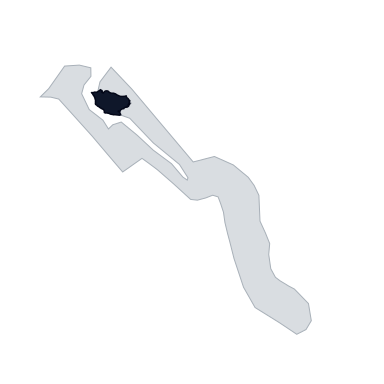 location of Upper Niumi, North Bank, Gambia, rotated 49°
{"feature_id": "56634734B28238259284132", "entity_name": "Upper Niumi", "entity_type": "district", "adm_level": 2, "iso_a3": "GMB", "parent_name": "Gambia", "parent_adm1": "North Bank", "projection": "natural_earth1", "projection_center": [-16.326, 13.431], "detail": "fine", "context": "in_parent", "style": "filled", "palette": "ink", "viewbox_px": 384, "rotation_deg": 49, "n_neighbors": 0, "source": "geoboundaries", "source_scale": "gbopen_adm2", "svg_char_len": 3713}
<svg xmlns="http://www.w3.org/2000/svg" viewBox="0 0 384 384"><g transform="rotate(49 192 192)"><path d="M44.7,171.2L74.9,169.9L111.5,170.5L151.3,171.1L170.1,171.4L179.9,151.8L198.6,143.1L217.8,139.9L227.8,140.8L238.4,143.7L258.6,159.8L271.2,163.5L281.9,167.2L289.5,175.1L301.6,182.9L311.1,185.0L316.8,183.8L326.2,180.8L332.4,178.4L352.6,177.3L367.4,186.4L370.6,196.2L368.1,206.3L348.2,211.7L320.6,220.2L297.7,215.6L269.9,204.0L253.7,195.8L246.9,192.5L236.7,187.2L227.9,181.5L219.3,177.9L212.8,175.5L208.0,178.5L205.5,185.5L201.7,193.3L196.7,197.9L173.4,200.6L152.5,203.5L141.3,205.9L133.8,207.7L131.4,231.2L107.8,231.0L84.5,230.7L60.3,231.1L34.4,231.6L27.7,236.4L20.7,244.1L20.0,232.4L13.4,205.5L22.3,193.8L31.9,186.9L38.4,192.4L40.4,203.3L45.4,210.8L62.4,215.5L79.3,212.1L89.6,213.7L89.3,207.6L92.8,199.5L113.3,196.1L135.0,193.8L157.2,188.9L174.7,189.1L179.9,187.8L178.6,185.7L163.0,183.4L129.6,189.0L95.5,190.6L69.8,205.2L59.2,203.8L48.5,189.2L44.7,171.2Z" fill="#d9dde1" stroke="#a8b0b8" stroke-width="1"/><path d="M76.2,178.8L75.9,179.4L75.8,179.6L75.6,180.0L75.4,180.3L75.1,180.7L74.3,181.7L73.4,182.7L72.9,183.2L72.8,183.4L71.1,184.2L69.3,185.0L67.9,185.3L66.1,186.3L65.6,186.8L65.4,187.1L64.6,187.9L64.4,188.2L62.9,188.9L62.6,189.0L62.4,189.0L60.7,189.2L59.9,189.8L59.2,190.6L58.8,191.9L59.1,193.3L59.2,193.9L59.1,194.0L58.8,194.2L58.5,194.3L58.2,194.1L57.7,194.7L57.2,194.7L57.0,194.4L57.2,193.8L57.0,193.7L56.8,193.5L56.6,193.5L56.6,193.8L56.3,193.8L56.1,193.7L55.8,193.6L55.3,194.0L54.8,194.0L54.7,194.4L54.7,195.7L54.5,196.4L54.5,196.5L54.5,197.6L54.2,198.1L54.2,198.6L53.7,199.0L53.0,199.7L52.5,200.3L52.4,200.9L52.3,201.2L51.6,202.0L51.2,202.3L51.2,202.6L51.7,202.6L52.0,202.7L52.3,202.6L52.6,202.6L53.4,202.8L54.1,202.9L54.4,203.0L55.1,202.9L55.4,203.1L55.7,203.0L55.9,203.1L56.1,203.2L56.2,203.3L56.7,203.3L57.2,203.5L57.5,203.6L58.0,204.1L58.4,204.1L59.1,204.4L59.3,204.5L59.8,205.0L60.0,205.1L60.2,205.4L60.5,205.5L60.8,205.8L61.0,206.0L61.3,206.3L61.7,206.6L61.9,206.9L62.0,207.0L62.5,207.2L62.7,207.3L62.8,207.3L63.1,207.0L63.5,207.0L64.1,206.9L64.3,206.9L65.2,206.9L65.6,206.6L65.8,206.6L66.1,206.4L66.9,206.3L67.1,206.1L67.4,206.2L67.5,206.2L69.1,205.7L69.4,205.7L69.6,205.5L69.8,205.4L70.1,205.4L70.7,205.1L71.4,204.8L71.7,204.7L71.9,204.7L72.6,204.8L73.5,205.1L74.1,205.8L74.7,206.0L75.5,205.4L75.8,205.3L75.9,204.9L76.9,204.1L78.0,203.2L79.8,202.4L80.2,202.1L81.7,200.9L81.9,200.7L82.1,200.6L82.5,200.3L82.6,199.9L86.5,196.3L86.9,195.2L86.7,195.1L86.4,194.9L86.0,194.9L85.7,194.8L85.5,194.7L85.1,194.6L84.8,194.4L84.6,194.3L84.4,194.3L84.0,194.3L83.6,194.4L83.3,194.6L83.0,194.9L82.9,194.9L82.6,194.7L82.6,194.3L82.7,194.2L82.9,194.3L83.1,194.3L83.5,194.1L83.7,193.9L83.8,193.6L83.8,193.2L83.7,193.0L83.5,192.6L83.4,192.5L83.2,192.0L83.2,191.9L83.2,191.7L83.2,191.4L83.4,190.4L83.5,190.3L83.5,190.1L83.5,189.8L84.0,189.3L84.1,189.2L84.3,188.8L84.2,188.7L84.2,188.4L84.0,188.0L84.1,187.6L84.1,187.3L84.2,187.0L84.3,186.8L84.5,186.6L84.7,186.2L84.8,186.0L84.7,185.7L84.8,185.7L85.2,185.4L85.3,185.4L85.4,185.2L85.4,184.9L85.4,184.7L85.5,184.4L85.6,184.1L85.6,183.6L85.4,183.1L85.2,182.9L84.9,182.9L84.7,183.1L84.7,183.3L84.7,183.5L84.5,183.3L84.4,183.2L84.3,182.9L84.1,182.6L84.2,182.3L84.3,182.1L84.5,182.2L84.6,182.6L84.8,182.6L85.0,182.5L85.0,182.3L84.8,181.4L84.7,181.2L84.3,181.0L84.2,181.5L83.9,181.5L83.9,181.3L84.0,181.2L84.1,180.8L83.8,181.0L83.6,180.8L83.4,180.8L83.2,180.5L83.0,180.1L82.8,180.0L82.7,179.9L82.7,179.7L82.6,179.4L82.4,179.1L82.2,179.1L82.1,179.3L81.9,179.6L81.5,179.4L81.4,179.2L81.2,179.3L80.7,179.2L80.0,179.0L79.9,179.0L79.1,179.1L78.4,179.3L78.1,179.2L77.4,179.1L76.8,179.0L76.3,178.9L76.2,178.8Z" fill="#0f172a" stroke="#020617" stroke-width="1.5"/></g></svg>